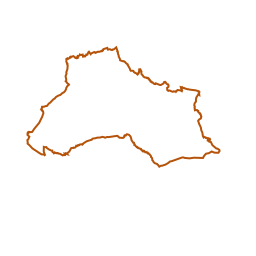 Nes nor, Akershus, Norway, rotated 123°
{"feature_id": "86288312B33939315722531", "entity_name": "Nes nor", "entity_type": "district", "adm_level": 2, "iso_a3": "NOR", "parent_name": "Norway", "parent_adm1": "Akershus", "projection": "mercator", "projection_center": [11.47, 60.171], "detail": "fine", "context": "isolated", "style": "outline", "palette": "amber", "viewbox_px": 256, "rotation_deg": 123, "n_neighbors": 0, "source": "geoboundaries", "source_scale": "gbopen_adm2", "svg_char_len": 5756}
<svg xmlns="http://www.w3.org/2000/svg" viewBox="0 0 256 256"><g transform="rotate(123 128 128)"><path d="M197.2,186.2L196.0,184.0L196.2,183.1L195.8,183.0L193.7,185.8L189.7,188.3L189.5,187.5L188.5,186.1L189.0,184.9L189.0,182.5L188.6,179.3L188.3,179.1L189.3,178.1L189.2,177.1L189.5,176.4L188.4,176.2L188.5,175.4L188.1,175.0L188.1,174.2L187.3,173.5L187.2,172.9L187.4,172.6L186.7,171.0L186.5,169.6L186.7,169.1L186.3,168.0L186.4,167.8L185.9,167.5L185.2,166.4L185.1,166.6L184.5,166.4L184.0,167.2L183.8,166.7L183.1,166.6L182.9,166.2L183.1,165.5L183.0,165.4L183.1,165.0L183.0,164.6L182.7,165.3L179.6,164.4L175.9,164.7L175.1,164.1L174.6,163.0L174.1,162.9L174.1,162.6L173.3,161.8L172.6,161.5L171.1,161.8L170.9,161.5L170.8,160.8L170.4,160.5L169.8,160.7L168.9,159.9L169.0,159.6L168.9,159.5L168.2,159.5L167.1,158.4L166.8,157.8L166.9,157.3L166.0,157.0L165.5,157.2L161.6,155.4L157.5,152.0L156.5,152.0L155.8,151.5L154.5,149.9L152.8,148.5L151.2,146.2L149.4,144.7L148.7,142.8L148.6,141.9L146.9,140.6L146.1,139.2L140.7,133.1L140.3,132.5L140.5,131.9L140.5,131.1L140.8,129.9L139.1,126.9L138.1,126.3L136.3,126.9L135.8,126.7L135.7,126.3L135.7,125.8L135.5,125.7L134.9,125.9L133.8,125.5L133.2,123.5L133.6,121.7L134.2,120.6L136.4,118.2L137.5,115.6L137.1,115.0L137.3,114.7L138.1,113.7L138.7,113.6L138.5,112.6L139.1,111.6L138.9,110.2L139.3,110.0L139.2,109.0L139.0,108.7L139.3,108.5L138.7,106.6L138.8,106.0L138.6,105.7L139.0,105.4L139.0,104.5L139.3,103.8L138.9,103.4L139.3,102.9L139.0,102.7L139.2,102.4L138.5,101.9L138.9,101.3L138.6,100.6L138.9,100.2L138.5,99.8L138.4,99.2L138.1,99.1L138.3,98.8L138.2,98.5L138.5,97.9L138.2,97.7L138.5,97.4L138.1,96.8L138.4,96.0L138.3,95.4L138.6,95.1L138.7,94.5L139.1,93.3L139.8,92.9L140.0,91.7L140.7,90.8L141.7,90.2L141.8,89.4L142.7,87.8L142.9,86.4L142.3,84.0L142.6,83.5L142.6,82.7L143.4,80.7L141.8,79.9L141.2,79.0L138.4,76.7L135.4,75.2L133.3,74.6L131.8,73.1L123.4,66.7L122.5,65.5L122.2,64.1L119.9,59.8L117.0,56.5L112.3,48.8L110.0,49.0L107.1,48.6L105.1,46.5L102.1,45.0L101.8,42.9L101.1,41.2L99.5,38.7L97.4,38.7L96.6,39.5L96.6,41.8L97.1,42.8L96.4,47.9L94.6,50.9L95.1,52.1L94.5,52.3L94.7,52.8L94.6,53.1L95.0,53.5L95.1,54.4L94.7,54.6L94.8,54.4L94.5,54.1L93.6,54.0L92.7,53.2L92.4,53.7L92.9,54.7L92.9,55.4L93.4,56.0L93.6,57.5L93.9,57.6L93.8,57.9L93.9,59.2L94.7,59.4L94.0,60.8L91.4,63.1L90.0,65.3L88.0,67.1L86.9,68.7L86.0,70.3L83.8,73.1L82.2,73.0L80.3,72.1L78.5,72.7L78.3,73.3L77.5,73.8L77.1,75.2L76.7,75.1L76.4,75.8L76.6,76.2L76.4,76.7L76.5,76.9L76.3,77.7L76.1,77.9L76.1,78.4L75.4,78.6L75.5,79.1L75.3,79.7L76.0,80.9L76.7,81.5L75.7,82.5L75.2,82.6L74.5,83.2L74.5,83.4L73.4,83.8L72.8,84.9L70.8,85.6L68.8,85.4L67.2,86.5L65.2,87.3L61.5,87.4L61.5,86.2L60.0,87.4L58.9,87.8L59.1,88.7L58.7,88.8L59.5,91.6L62.3,97.4L62.7,98.7L63.0,99.0L63.8,101.6L63.7,101.8L64.0,102.5L63.9,103.0L64.3,103.4L64.5,104.2L64.3,104.9L64.8,105.0L65.0,105.9L65.7,105.2L66.9,103.1L67.8,102.9L67.9,104.5L69.2,107.2L71.6,107.5L71.4,108.2L72.0,108.7L72.4,109.7L73.2,110.1L73.8,112.5L73.8,113.4L74.5,114.4L74.9,114.5L74.8,115.7L73.0,117.1L71.5,116.5L70.4,117.0L70.3,117.3L69.6,118.0L69.9,118.7L69.8,120.1L69.5,120.4L69.5,120.9L69.2,121.2L69.3,121.6L69.1,122.1L69.7,122.7L70.8,122.5L71.5,122.6L73.9,123.8L74.5,124.5L75.4,129.0L76.3,129.0L76.7,129.8L76.5,130.0L76.7,131.2L76.3,132.3L76.8,132.9L76.5,133.6L76.7,134.0L76.4,134.1L76.5,134.4L76.3,134.6L76.4,135.2L75.9,135.7L76.0,136.1L75.7,136.3L75.8,136.8L75.4,137.0L75.2,137.4L75.3,137.8L75.1,138.2L75.1,138.7L75.8,138.9L75.9,139.3L75.8,140.5L76.4,141.3L76.5,143.0L75.8,144.3L75.6,145.8L74.0,147.3L73.4,147.4L73.2,147.7L73.4,147.8L73.0,148.2L72.7,149.0L72.1,149.4L72.1,150.6L71.9,150.7L72.6,150.6L75.1,149.2L75.2,149.4L75.9,149.3L75.8,149.1L76.0,149.0L76.4,149.2L77.0,148.9L78.0,149.1L77.8,150.1L77.6,150.3L77.8,152.0L78.0,152.8L77.8,153.6L77.2,154.6L77.7,155.8L78.5,156.8L78.0,158.0L77.2,158.8L75.2,162.8L74.8,162.9L74.7,165.1L74.2,166.5L74.4,167.3L74.2,167.9L74.9,168.9L75.5,171.5L74.4,172.5L73.2,174.6L72.1,175.5L71.2,176.9L70.0,177.7L69.7,178.6L69.3,178.5L66.8,181.8L69.2,182.5L70.0,182.9L70.4,183.5L71.2,183.7L71.7,184.8L71.7,185.8L71.9,186.3L73.2,187.5L72.7,188.4L72.1,189.0L75.3,191.6L76.0,191.6L76.4,191.3L76.8,191.7L77.2,191.4L77.9,191.7L77.9,192.2L78.0,192.4L79.5,193.3L80.3,194.4L80.3,194.7L81.8,195.8L82.6,196.0L82.8,196.8L82.5,197.3L82.7,197.7L85.6,199.5L86.4,199.5L85.3,202.3L86.1,202.5L88.6,202.0L89.0,202.3L89.1,202.9L89.8,202.7L90.3,203.1L91.3,203.0L91.8,203.6L91.6,203.7L91.8,203.9L91.5,203.9L91.8,204.1L91.5,204.2L91.7,204.5L91.7,205.2L91.9,205.3L91.2,206.0L91.9,206.4L92.1,207.2L92.7,207.8L92.7,208.2L93.1,208.0L93.9,208.3L94.8,209.3L95.1,209.0L95.7,209.2L96.3,208.2L97.0,208.6L96.9,208.7L97.1,209.2L97.5,209.7L97.3,209.8L97.5,210.1L97.4,210.2L97.8,210.8L97.5,211.7L97.5,213.0L99.2,214.2L99.2,214.8L99.3,214.9L99.6,215.1L99.9,214.5L100.3,214.5L101.2,215.3L102.3,215.6L102.4,216.2L102.7,216.0L103.4,216.8L103.3,217.1L103.8,217.3L104.5,216.6L105.8,216.0L106.4,215.2L107.0,213.9L107.5,214.0L107.9,213.2L108.1,213.1L108.1,212.9L108.6,212.5L111.9,210.8L114.9,210.1L115.9,209.1L117.8,208.8L118.9,208.3L120.7,206.4L122.2,205.5L122.7,205.7L123.0,204.4L123.5,203.3L123.6,201.5L123.8,201.1L126.0,201.7L128.1,201.6L129.2,201.1L131.1,200.9L133.0,201.2L134.5,202.1L137.0,202.7L139.0,204.2L141.3,205.3L143.2,205.5L144.6,206.2L149.2,207.1L150.6,207.7L153.7,208.0L154.8,209.3L155.8,209.9L157.0,211.6L157.9,211.0L158.7,211.2L159.3,210.5L159.9,210.7L160.0,210.2L159.8,209.9L160.4,209.2L160.2,208.4L161.7,207.0L165.4,206.1L172.0,205.3L179.9,206.2L183.4,206.2L184.5,207.3L184.9,208.4L185.4,208.5L185.3,209.1L185.5,209.4L186.3,209.5L187.0,209.0L187.2,209.3L188.5,208.6L189.0,206.0L191.8,205.5L193.0,205.8L194.6,204.3L195.8,203.7L196.1,201.3L197.2,197.0L197.2,191.1L197.3,190.1L197.2,186.2Z" fill="none" stroke="#b45309" stroke-width="2"/></g></svg>